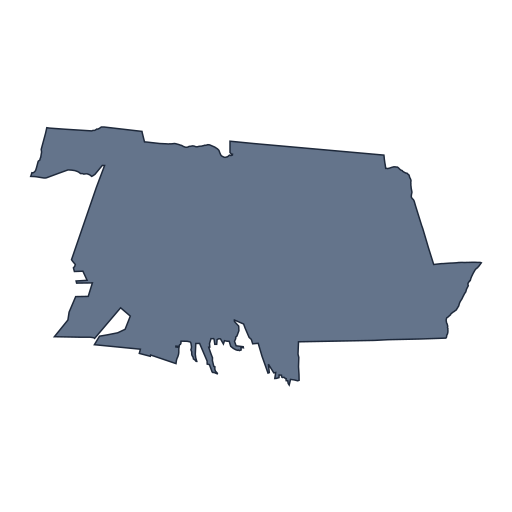 the district of Negrilesti, Galati, Romania
{"feature_id": "2599482B95642529629625", "entity_name": "Negrilesti", "entity_type": "district", "adm_level": 2, "iso_a3": "ROU", "parent_name": "Romania", "parent_adm1": "Galati", "projection": "mercator", "projection_center": [27.515, 45.952], "detail": "fine", "context": "isolated", "style": "filled", "palette": "slate", "viewbox_px": 512, "rotation_deg": 0, "n_neighbors": 0, "source": "geoboundaries", "source_scale": "gbopen_adm2", "svg_char_len": 6043}
<svg xmlns="http://www.w3.org/2000/svg" viewBox="0 0 512 512"><path d="M445.8,338.1L446.2,337.7L446.5,337.1L446.6,336.4L446.7,335.7L446.9,335.0L447.1,334.5L447.4,334.1L447.5,333.8L447.8,332.5L447.9,331.5L447.9,330.9L447.9,330.2L447.8,329.3L447.9,328.5L447.7,328.1L447.5,327.6L447.6,327.0L447.7,326.1L447.4,325.0L447.2,324.0L446.9,323.6L446.6,323.0L446.4,321.8L446.2,320.8L446.2,319.5L446.4,318.9L446.6,318.3L446.8,317.7L447.9,317.1L448.5,316.6L449.1,316.0L449.7,315.5L450.5,314.8L450.6,314.4L450.8,314.1L451.1,313.7L453.5,311.8L454.2,311.5L454.8,310.9L455.2,310.7L455.5,310.5L456.4,309.8L456.7,309.3L456.9,308.7L457.7,307.7L458.1,306.8L458.5,306.3L458.7,306.0L458.8,305.6L459.1,304.4L459.7,302.6L460.0,302.1L460.2,301.6L461.0,300.3L461.7,299.3L461.9,298.9L462.6,297.5L462.9,296.8L463.1,296.3L463.5,295.8L463.7,295.2L464.0,294.7L464.7,293.3L465.1,292.9L465.3,292.5L465.6,292.2L465.8,291.7L466.1,290.7L466.2,290.3L466.3,289.9L466.6,289.0L468.3,285.7L468.0,284.8L467.9,283.7L468.2,283.1L468.3,282.8L468.5,282.4L468.8,282.1L469.0,281.7L469.4,281.5L469.5,281.1L469.6,280.8L470.1,280.7L470.3,280.4L470.5,279.7L470.8,278.5L471.7,276.3L473.1,273.4L473.9,272.0L475.1,269.9L475.9,269.0L476.5,268.3L477.4,267.9L478.4,266.6L478.8,266.2L479.0,266.0L479.5,265.3L481.3,262.8L480.8,262.6L480.2,262.4L479.5,262.4L478.4,262.4L477.2,262.4L475.3,262.3L471.8,262.3L468.6,262.4L466.9,262.4L465.2,262.5L463.9,262.5L462.5,262.4L461.0,262.4L459.8,262.5L458.7,262.5L456.3,262.8L454.6,262.9L453.0,263.0L450.2,263.1L448.7,263.2L444.4,263.5L443.5,263.6L442.8,263.6L441.7,263.6L433.7,264.5L428.3,247.3L426.9,242.5L422.8,228.7L422.0,226.4L421.8,226.0L415.4,205.4L414.2,201.2L413.6,200.0L413.2,199.4L412.5,198.9L411.4,197.3L411.3,196.6L411.4,195.0L411.6,193.9L411.9,192.5L411.9,191.9L411.6,190.3L411.2,188.3L411.0,186.2L410.8,184.9L410.9,184.0L410.8,182.9L410.8,182.0L411.0,180.9L410.9,180.2L410.7,179.5L410.3,178.5L409.7,177.5L409.3,175.9L408.9,174.9L408.2,174.4L407.6,173.8L407.0,173.2L405.9,173.1L404.9,172.6L403.3,171.7L402.8,171.4L402.2,170.6L400.9,170.1L399.6,169.1L399.0,168.4L398.0,167.5L397.4,167.1L396.7,167.1L395.5,166.9L394.0,166.8L393.0,167.0L392.5,167.2L391.9,167.3L389.6,168.1L388.4,168.4L387.3,168.6L386.6,168.3L385.7,168.4L385.2,164.8L384.8,162.6L384.3,158.9L384.1,156.7L383.9,155.1L253.4,143.5L230.0,141.2L230.0,152.5L231.6,154.2L232.5,154.2L232.4,155.1L230.9,155.6L230.0,155.2L229.8,155.1L229.5,155.2L229.1,155.4L228.2,156.3L227.6,156.6L227.5,156.8L226.8,156.9L226.1,157.2L225.6,157.3L225.1,157.3L224.8,157.3L224.4,157.3L224.0,157.2L221.9,156.1L221.3,155.7L221.1,155.4L220.6,154.6L219.6,152.3L219.2,151.0L218.7,150.1L217.5,148.9L214.8,147.1L210.4,145.2L209.7,144.9L209.0,144.8L208.1,144.7L207.7,144.7L206.8,145.0L206.2,145.2L205.8,145.3L205.4,145.3L205.0,145.2L204.4,145.3L204.0,145.5L201.6,146.1L201.4,146.2L200.1,146.2L199.3,146.3L198.7,146.4L197.7,146.7L197.0,146.8L196.4,146.8L195.4,146.6L194.5,146.2L193.6,146.0L192.7,145.9L192.4,145.9L191.9,146.0L191.4,146.1L190.7,146.3L190.4,146.3L190.0,146.3L189.2,146.4L188.6,146.6L188.0,147.0L187.2,147.2L186.4,147.3L185.4,147.2L184.8,147.0L183.3,146.4L181.6,145.4L180.6,145.2L178.7,144.5L176.8,144.0L175.7,143.7L174.5,143.5L173.6,143.6L170.9,143.9L169.8,143.8L168.6,144.0L166.1,143.8L159.4,143.5L158.7,143.4L148.1,142.2L146.2,142.0L144.5,141.9L142.2,132.6L142.0,131.4L104.0,127.0L101.3,127.0L99.3,128.4L97.8,129.1L96.6,129.1L95.9,129.7L94.7,130.4L93.0,130.4L91.7,130.9L64.7,129.2L49.5,128.1L46.8,127.7L45.5,133.5L41.2,149.4L41.6,152.0L40.7,157.4L40.3,158.1L39.8,160.1L38.9,160.7L38.2,161.3L37.1,165.4L36.4,168.0L35.7,170.2L35.3,170.9L34.7,171.7L33.8,172.4L32.9,172.8L32.5,172.8L31.9,172.7L31.1,175.3L30.7,176.4L34.9,176.6L36.6,176.8L40.7,177.5L44.1,178.0L45.3,178.0L46.5,177.8L48.9,176.9L58.6,173.3L68.0,169.9L71.5,170.1L74.9,170.6L77.4,171.5L78.7,172.1L80.6,173.6L82.6,173.6L83.8,174.1L85.1,173.9L86.3,173.8L87.1,173.8L89.7,174.8L91.7,176.4L93.3,175.5L95.0,174.3L102.3,165.4L104.6,165.5L96.4,187.3L71.5,259.7L72.2,260.7L72.8,261.5L75.3,264.5L74.7,266.4L73.4,267.8L74.4,271.5L82.9,271.2L87.1,280.3L76.1,281.0L76.6,283.1L92.4,282.9L88.2,296.4L75.7,296.6L69.1,312.1L67.9,320.0L54.4,336.7L80.7,337.2L90.1,337.2L93.1,337.6L93.9,337.8L94.6,338.4L120.6,307.8L121.9,308.9L130.3,316.1L125.1,329.3L117.7,332.8L107.6,334.8L99.5,336.2L94.4,344.7L140.4,349.2L139.3,353.4L150.3,356.3L150.6,355.0L176.0,363.6L176.4,360.6L176.9,358.7L177.6,357.2L178.0,356.2L178.6,354.0L178.8,352.2L178.8,349.0L179.0,347.5L175.8,346.9L175.9,346.1L179.2,346.4L179.3,345.3L179.7,344.7L180.4,344.4L180.8,343.6L181.0,342.8L180.9,341.9L181.0,341.2L182.9,341.2L187.2,341.3L190.0,341.9L190.6,342.4L191.0,343.5L191.5,346.6L191.4,348.1L190.9,349.8L191.7,351.9L191.7,353.6L191.8,354.6L192.1,355.6L193.0,357.0L193.4,358.6L193.4,358.9L195.1,360.1L195.8,361.1L196.3,361.4L196.8,361.4L195.8,358.0L195.3,354.2L195.8,343.5L199.6,343.4L205.0,356.1L207.1,361.0L207.2,364.1L209.4,364.6L212.1,371.9L212.8,372.5L214.1,372.5L217.2,373.8L217.4,373.3L215.5,371.2L214.8,369.2L214.9,366.8L213.8,366.4L213.8,365.9L213.5,365.2L212.4,360.5L212.5,357.7L212.0,356.5L210.7,353.0L208.7,347.2L209.8,347.1L209.5,343.5L211.0,338.6L212.1,338.7L213.6,338.6L214.1,339.4L214.8,344.3L216.7,344.3L217.1,339.6L218.8,338.7L220.5,338.9L223.4,344.0L224.5,340.7L226.9,341.2L229.2,341.3L230.7,346.3L233.3,348.4L235.9,349.8L237.5,350.3L238.6,350.1L239.3,350.6L241.1,350.0L241.1,349.0L240.9,347.4L243.4,347.8L243.2,346.7L236.1,345.8L234.5,341.3L235.7,338.7L235.7,337.1L236.9,336.1L238.9,330.7L238.7,326.1L234.9,322.0L234.3,321.0L234.4,320.0L243.6,324.0L245.2,328.3L249.1,337.4L251.3,339.4L252.7,343.8L258.2,343.3L262.0,356.2L268.0,373.1L269.3,372.6L268.4,364.2L273.8,372.9L275.7,372.5L274.8,378.5L276.4,378.4L279.0,377.6L279.1,375.0L281.5,375.2L281.7,377.0L282.4,377.5L284.0,377.3L285.1,378.3L286.2,378.7L286.0,379.5L286.2,380.7L287.7,380.7L288.2,383.5L289.2,385.0L289.7,383.0L290.5,379.4L294.2,379.9L297.7,380.8L299.1,380.3L299.0,374.6L298.5,366.7L298.8,357.4L298.0,354.1L298.5,341.8L374.5,340.4L387.8,339.7L420.1,339.0L445.8,338.1Z" fill="#64748b" stroke="#1e293b" stroke-width="1.5"/></svg>